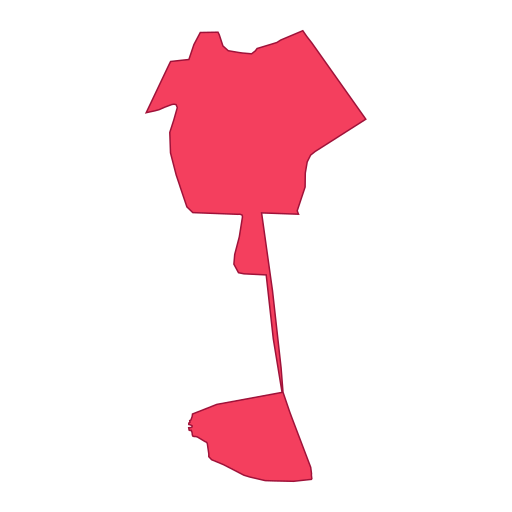 Al Galabat Al Gharbyah - Kassab, Gedarif, Sudan (Natural Earth projection)
{"feature_id": "16777658B97978388224054", "entity_name": "Al Galabat Al Gharbyah - Kassab", "entity_type": "district", "adm_level": 2, "iso_a3": "SDN", "parent_name": "Sudan", "parent_adm1": "Gedarif", "projection": "natural_earth1", "projection_center": [35.305, 13.365], "detail": "fine", "context": "isolated", "style": "filled", "palette": "rose", "viewbox_px": 512, "rotation_deg": 0, "n_neighbors": 0, "source": "geoboundaries", "source_scale": "gbopen_adm2", "svg_char_len": 1475}
<svg xmlns="http://www.w3.org/2000/svg" viewBox="0 0 512 512"><path d="M312.0,479.3L311.9,479.3L311.4,475.2L311.5,473.5L310.7,467.3L292.3,418.9L289.7,411.9L283.0,392.2L281.1,368.0L278.2,341.9L272.5,290.7L270.3,275.1L261.6,212.9L298.5,214.2L297.2,210.8L305.1,187.0L305.2,179.4L305.3,173.0L307.2,161.9L310.6,155.1L315.1,151.5L365.8,119.2L311.8,42.9L307.9,37.9L306.6,36.2L305.5,34.6L302.8,30.7L280.8,40.0L276.9,42.5L270.7,44.4L269.7,44.7L257.1,48.5L255.3,50.9L251.6,53.8L242.3,53.0L238.1,52.4L228.2,50.7L222.9,45.9L219.3,34.9L218.0,32.2L200.3,32.5L193.9,44.6L188.9,59.5L180.4,60.4L170.6,61.5L169.1,64.5L163.2,76.9L146.2,112.7L148.4,112.2L154.9,110.8L159.0,109.7L164.7,107.2L171.9,104.5L174.0,104.2L176.1,104.6L177.3,107.6L173.8,120.0L169.8,132.4L170.5,152.9L176.2,175.0L179.5,184.8L180.4,187.6L186.9,206.9L192.8,212.6L237.8,214.3L239.8,214.2L241.9,214.9L242.4,216.0L242.4,217.4L239.3,236.9L234.7,254.5L233.9,264.2L238.5,272.7L243.8,273.8L266.2,274.9L273.3,338.9L282.0,392.1L282.0,392.4L216.8,404.4L192.5,414.0L192.2,416.4L190.9,420.0L189.7,420.6L190.0,422.2L188.8,423.1L188.8,424.5L190.5,424.9L192.1,425.8L192.1,426.9L191.1,427.5L188.7,427.7L189.1,430.1L190.1,430.5L191.2,430.3L192.1,432.6L192.3,434.8L192.8,436.1L194.0,436.5L195.5,436.5L197.2,436.9L198.1,437.4L204.9,441.5L206.6,442.3L207.3,443.5L208.8,453.9L208.8,456.7L211.6,459.7L223.6,464.7L243.9,475.2L249.8,477.0L265.2,480.6L274.7,480.9L293.5,481.3L312.0,479.3Z" fill="#f43f5e" stroke="#9f1239" stroke-width="1.5"/></svg>